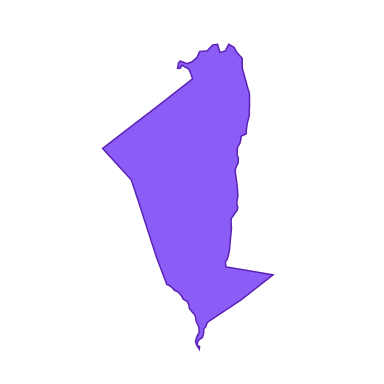 outline of São José dos Cordeiros, Paraíba, Brazil, rotated 102°
{"feature_id": "56859067B13201418207131", "entity_name": "São José dos Cordeiros", "entity_type": "district", "adm_level": 2, "iso_a3": "BRA", "parent_name": "Brazil", "parent_adm1": "Paraíba", "projection": "albers", "projection_center": [-36.853, -7.428], "detail": "fine", "context": "isolated", "style": "filled", "palette": "violet", "viewbox_px": 384, "rotation_deg": 102, "n_neighbors": 0, "source": "geoboundaries", "source_scale": "gbopen_adm2", "svg_char_len": 1389}
<svg xmlns="http://www.w3.org/2000/svg" viewBox="0 0 384 384"><g transform="rotate(102 192 192)"><path d="M50.8,170.7L46.4,176.8L41.8,181.0L39.8,186.8L43.3,187.7L47.1,188.7L49.7,193.7L42.2,197.7L44.0,202.4L50.9,206.6L53.0,213.7L59.5,215.2L64.7,219.2L67.5,223.8L66.3,230.7L68.4,232.0L74.1,231.8L73.3,229.2L70.0,228.1L71.3,224.7L72.1,221.1L74.6,219.0L78.1,216.8L81.2,215.0L112.6,241.3L135.2,260.6L149.0,272.4L168.0,288.5L192.7,254.0L201.3,248.9L210.0,243.8L262.5,213.6L287.7,197.4L288.3,194.4L289.9,191.3L291.8,188.8L292.6,185.0L295.5,181.0L298.7,178.2L300.0,174.0L303.2,171.6L306.7,170.2L309.7,166.4L311.7,163.6L315.1,161.9L317.8,161.0L320.7,158.6L323.1,157.1L326.0,156.2L328.7,155.9L331.5,157.0L337.3,157.6L340.9,155.3L336.3,155.1L334.0,153.3L332.0,151.5L327.1,151.3L323.7,152.1L320.7,150.4L317.8,150.2L315.4,149.1L287.7,121.9L256.2,95.5L258.2,143.3L253.3,144.8L250.4,143.5L244.5,143.2L240.5,143.3L237.7,143.7L219.6,145.8L216.4,146.7L213.8,147.4L209.8,148.1L200.5,144.1L197.9,143.9L193.5,146.0L186.2,146.3L175.6,149.4L163.0,154.0L159.9,154.3L153.7,152.9L149.3,153.7L146.0,155.7L138.5,156.8L134.6,155.3L130.0,155.1L127.3,155.7L123.9,151.1L119.3,151.8L113.7,152.2L109.8,152.1L107.3,151.9L103.9,152.0L100.2,153.0L96.0,153.6L84.5,156.1L81.2,157.6L79.1,158.9L60.5,168.5L50.8,170.7ZM340.9,155.3L344.2,152.2L341.6,152.5L340.9,155.3Z" fill="#8b5cf6" stroke="#5b21b6" stroke-width="1.5"/></g></svg>